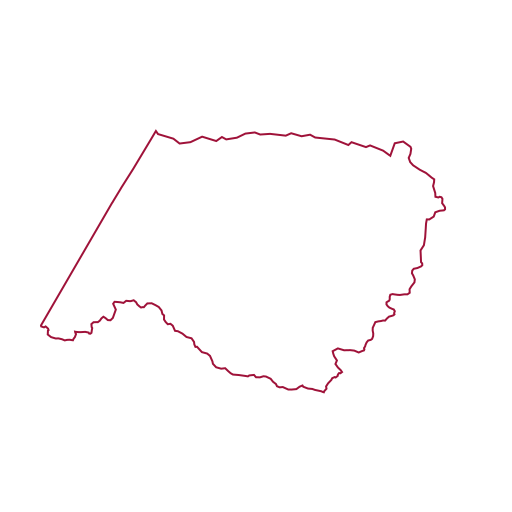 the district of Jackson, Colorado, United States of America, rotated 300°
{"feature_id": "52423323B6284215634036", "entity_name": "Jackson", "entity_type": "district", "adm_level": 2, "iso_a3": "USA", "parent_name": "United States of America", "parent_adm1": "Colorado", "projection": "mercator", "projection_center": [-106.44, 40.663], "detail": "fine", "context": "isolated", "style": "outline", "palette": "rose", "viewbox_px": 512, "rotation_deg": 300, "n_neighbors": 0, "source": "geoboundaries", "source_scale": "gbopen_adm2", "svg_char_len": 3479}
<svg xmlns="http://www.w3.org/2000/svg" viewBox="0 0 512 512"><g transform="rotate(300 256 256)"><path d="M88.4,104.5L87.6,105.2L88.2,108.1L89.8,109.0L89.4,111.1L89.1,112.3L88.1,113.4L87.4,113.1L83.9,114.9L83.3,119.1L84.4,123.7L85.9,126.2L86.9,129.6L87.3,132.6L88.9,134.3L90.3,136.5L91.2,138.9L91.5,139.6L93.1,139.4L95.1,139.7L98.4,139.2L99.2,137.9L100.0,137.2L100.2,137.9L101.6,140.9L102.7,142.7L104.9,146.0L106.0,149.3L105.4,150.3L105.9,151.4L107.2,151.9L109.7,150.9L111.7,150.2L112.3,149.2L114.7,147.5L117.4,148.4L118.9,150.8L119.6,152.1L122.0,153.1L124.6,153.3L127.1,154.2L127.0,156.7L126.4,159.7L127.6,162.1L130.8,163.0L139.5,161.4L141.7,158.3L143.2,156.2L145.6,156.4L146.5,158.2L148.1,161.7L149.1,164.7L152.3,166.0L153.6,168.9L154.3,170.1L156.5,172.2L156.0,175.3L154.7,177.4L154.1,180.2L153.9,182.2L154.9,183.2L155.6,184.5L157.5,184.8L160.6,185.6L162.9,189.3L163.2,193.6L163.2,197.3L161.6,201.4L159.0,203.9L158.6,206.1L155.0,208.1L153.7,210.7L152.8,213.7L154.5,215.8L154.0,218.8L150.7,223.3L151.8,225.9L152.0,231.1L151.1,236.3L152.5,241.3L150.6,245.3L148.6,246.8L147.0,249.0L147.9,250.3L145.7,257.2L147.1,262.5L146.5,266.1L143.0,270.9L141.1,272.6L139.7,277.1L141.0,282.2L143.4,285.4L142.4,289.5L141.8,292.6L141.8,295.3L144.4,300.8L146.9,307.0L147.7,309.2L149.2,309.9L152.0,313.7L151.0,316.6L152.9,320.1L155.6,322.6L156.6,324.9L157.0,330.1L155.6,333.6L155.1,337.3L153.7,339.3L154.1,342.2L155.9,344.7L156.5,350.7L158.0,353.4L160.9,357.5L164.6,359.1L167.1,361.0L166.4,362.3L167.2,367.3L169.0,371.2L169.5,374.0L171.5,380.2L171.6,381.6L171.9,382.9L173.1,382.7L176.3,383.4L178.1,381.9L181.8,382.1L186.3,383.2L188.3,383.1L190.5,384.7L190.6,385.7L193.0,386.7L194.3,386.2L196.2,386.5L196.6,387.7L198.5,388.5L199.5,386.4L200.4,382.7L202.2,378.8L206.0,378.3L208.2,373.9L209.9,371.9L211.9,370.0L216.9,373.1L218.4,379.4L221.6,384.7L223.2,388.4L223.8,393.2L227.0,395.6L228.2,396.7L229.4,396.5L230.2,395.6L232.3,395.7L233.7,395.3L236.5,395.0L238.9,395.4L240.7,397.3L242.3,398.0L245.2,397.5L247.5,396.3L249.8,394.3L252.2,393.0L255.5,392.7L258.4,392.4L260.6,394.7L262.2,396.8L263.7,398.3L264.6,400.1L267.2,400.6L270.0,401.5L272.0,403.5L273.4,404.7L274.7,405.1L275.5,404.2L277.6,403.8L278.6,402.0L278.3,400.6L278.0,397.3L278.4,395.2L279.3,393.2L281.1,392.2L282.2,392.7L283.7,393.6L285.0,393.6L286.0,393.1L287.5,392.2L289.6,391.7L291.3,393.3L292.0,395.2L293.2,398.1L294.2,400.1L296.8,403.4L298.5,406.3L301.0,407.5L304.0,405.6L307.4,405.7L310.2,406.1L312.4,406.4L315.2,405.2L317.8,401.8L319.0,399.7L321.5,398.6L323.8,399.0L326.3,401.8L329.6,404.2L331.2,404.6L332.7,403.6L333.2,402.0L337.3,399.4L343.1,395.7L349.3,396.0L356.7,393.2L364.8,389.2L369.2,387.0L373.1,385.6L374.3,387.8L379.0,390.2L383.5,389.4L387.0,392.4L389.5,395.9L390.9,396.4L392.6,395.4L393.4,394.0L394.8,390.8L398.7,388.9L399.6,387.2L399.1,385.4L397.9,384.7L397.0,381.8L400.2,379.7L405.1,374.4L408.9,373.3L411.5,372.0L411.7,369.0L412.9,361.8L412.6,354.8L413.1,346.7L414.4,342.6L417.3,339.2L421.6,338.7L426.5,336.8L427.8,335.2L428.7,326.2L423.0,319.8L409.9,322.2L410.8,313.4L408.8,299.5L405.3,296.8L402.3,281.8L398.3,280.5L396.2,265.9L388.2,248.0L388.1,242.2L382.5,235.6L379.9,225.1L375.1,221.6L368.8,207.1L363.3,198.9L362.4,193.2L356.7,185.6L348.9,180.3L342.1,171.9L342.0,167.0L335.7,164.1L332.4,149.7L321.8,142.3L315.2,133.6L316.3,125.8L312.6,110.2L314.2,106.8L305.0,106.7L270.0,106.1L247.9,105.2L246.1,105.2L232.8,104.9L230.6,104.9L229.9,104.8L225.1,104.8L88.4,104.5Z" fill="none" stroke="#9f1239" stroke-width="2"/></g></svg>